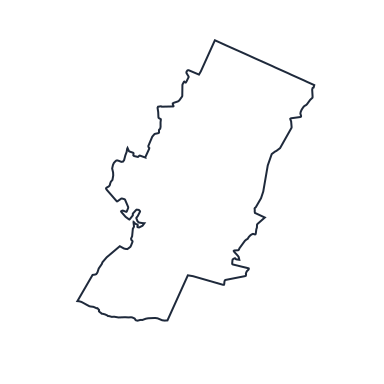 the border of Hardap, rotated 294°
{"feature_id": "NAM-3339", "entity_name": "Hardap", "entity_type": "Region", "adm_level": 1, "iso_a3": "NAM", "parent_name": "Namibia", "parent_adm1": "", "projection": "robinson", "projection_center": [17.113, -24.521], "detail": "fine", "context": "isolated", "style": "outline", "palette": "slate", "viewbox_px": 384, "rotation_deg": 294, "n_neighbors": 0, "source": "natural_earth", "source_scale": "10m", "svg_char_len": 4743}
<svg xmlns="http://www.w3.org/2000/svg" viewBox="0 0 384 384"><g transform="rotate(294 192 192)"><path d="M339.7,206.4L339.7,207.1L339.7,210.6L339.7,214.1L339.6,217.6L339.6,221.1L339.6,224.6L339.6,228.0L339.6,231.5L339.5,235.0L339.5,238.5L339.5,242.0L339.5,245.5L339.5,248.9L339.4,252.4L339.4,255.9L339.4,259.4L339.4,260.2L336.9,260.6L336.2,259.9L335.1,260.0L334.3,260.2L328.3,263.3L327.2,263.7L326.6,263.5L324.3,262.5L319.2,261.4L318.3,261.1L317.6,260.7L316.3,259.7L314.9,259.2L312.0,258.7L309.5,258.7L308.1,259.0L307.6,259.2L306.0,260.6L305.3,260.9L304.9,260.8L304.4,260.2L299.7,252.6L299.4,252.3L298.9,252.0L298.4,252.3L298.0,252.6L296.9,253.8L292.0,256.5L291.2,256.8L267.9,254.6L263.9,252.4L262.7,251.4L259.1,249.4L247.1,250.4L221.4,256.9L214.4,257.6L204.2,256.5L203.4,256.2L202.9,255.9L202.5,255.9L202.1,256.0L201.2,256.6L199.7,257.2L198.5,258.0L198.3,268.9L189.4,264.8L188.6,264.7L185.8,265.8L184.2,265.9L180.2,267.1L179.2,267.2L178.9,266.9L178.7,266.2L178.7,265.4L178.5,264.7L177.9,264.1L176.5,263.1L174.1,262.2L171.8,261.9L170.5,260.9L169.5,260.5L169.1,260.2L159.7,258.2L158.8,258.3L158.1,258.2L157.7,258.0L157.3,257.4L156.0,254.8L155.5,254.2L155.1,254.1L154.4,255.1L152.4,259.8L151.6,261.1L149.3,262.8L148.5,259.9L148.5,259.3L148.7,258.9L149.0,258.4L148.9,258.1L148.6,257.7L148.0,257.3L147.5,256.9L146.9,256.6L146.2,256.7L143.5,257.6L143.0,257.8L142.5,258.2L142.4,258.7L142.5,259.3L145.3,274.8L145.0,275.1L144.2,275.2L141.8,274.3L140.5,274.3L139.4,274.4L138.7,274.9L138.0,275.1L137.3,275.2L136.6,274.5L125.8,259.1L125.3,258.4L124.7,258.0L124.0,258.0L123.3,258.1L121.3,258.8L120.7,258.9L120.2,258.9L120.0,258.4L119.8,257.8L115.5,227.1L114.2,222.1L64.7,221.8L63.4,219.3L62.7,216.9L62.6,211.9L61.9,209.5L58.8,203.3L57.5,201.4L54.9,198.7L54.1,196.8L52.3,194.6L52.0,193.0L52.2,192.3L52.9,191.4L53.1,191.0L53.1,188.5L52.8,187.3L51.6,185.0L50.4,181.8L47.5,175.9L46.4,171.6L45.3,169.5L44.9,166.7L44.5,165.7L44.8,164.5L44.8,162.4L44.5,160.3L44.1,158.9L44.5,158.0L44.8,156.4L45.2,155.5L45.6,155.3L46.0,155.3L46.5,155.0L46.7,154.4L47.4,152.9L47.0,152.2L47.0,148.7L46.1,145.7L45.9,144.6L46.6,135.7L46.3,133.5L45.7,131.7L75.8,134.9L77.2,137.1L77.6,137.5L77.8,137.7L78.0,137.9L78.5,138.0L79.1,138.2L80.3,138.3L84.2,137.9L89.6,138.9L90.7,138.8L91.5,138.8L97.6,140.6L113.1,148.1L112.7,152.9L113.0,154.5L113.6,156.2L116.8,158.0L118.3,158.1L122.3,157.9L122.8,157.7L123.1,157.3L123.3,156.8L123.5,156.2L124.0,155.7L124.7,155.3L127.2,155.3L134.1,153.0L134.4,152.9L136.1,153.1L136.7,153.1L137.3,152.8L140.5,150.9L140.9,150.8L140.8,151.3L140.2,152.4L140.0,153.2L139.9,154.0L140.1,155.2L139.9,155.7L139.5,156.0L138.5,156.1L138.2,156.2L137.8,156.5L137.8,157.1L138.1,158.1L141.0,160.5L144.1,161.2L143.5,159.6L142.5,155.8L143.1,154.2L145.1,152.1L145.6,151.7L146.0,151.7L147.8,152.2L152.6,152.5L153.0,152.5L153.3,152.3L153.5,151.9L153.8,151.2L154.0,150.7L153.9,150.3L153.5,149.0L153.3,148.5L152.9,148.3L152.4,148.1L148.4,146.8L147.8,146.8L146.9,147.4L146.4,147.4L141.8,146.2L141.4,146.0L141.4,145.5L141.5,145.0L142.3,141.4L144.9,135.8L145.2,135.4L145.5,135.1L146.3,135.6L146.8,136.2L146.9,136.5L147.1,139.6L147.2,140.1L147.6,140.3L151.2,140.2L151.7,140.1L152.3,139.8L157.8,133.9L157.9,133.4L157.9,132.8L157.6,130.9L157.4,130.3L157.1,130.0L153.4,127.8L153.2,127.7L152.9,127.3L153.0,126.9L153.2,126.4L159.3,113.3L160.1,112.1L160.8,112.0L162.0,112.7L163.0,113.6L164.1,114.0L165.2,114.1L166.4,113.8L168.4,113.7L170.7,114.4L175.1,113.3L177.7,112.0L181.0,109.5L184.5,108.8L186.8,108.8L189.1,109.6L190.0,110.1L190.5,111.0L190.7,112.6L190.8,115.2L191.7,116.6L193.5,117.0L198.4,116.2L202.0,116.0L205.0,115.2L205.9,115.2L206.0,115.2L204.1,117.3L203.7,117.8L203.6,118.3L203.6,118.9L203.9,122.1L203.8,122.6L203.5,122.9L201.6,123.5L201.4,123.9L201.3,124.5L202.0,128.2L202.2,128.5L202.5,128.6L203.4,129.0L203.8,129.2L204.0,129.4L204.1,129.9L204.5,135.4L204.8,135.2L213.8,135.3L214.4,135.2L214.8,135.1L215.0,134.5L215.5,133.9L216.2,133.4L226.4,133.2L229.1,134.0L229.7,134.2L230.1,134.6L232.0,137.2L232.5,137.6L232.9,137.7L235.0,136.7L235.6,136.6L236.0,136.9L236.9,137.2L237.7,137.0L238.7,136.8L242.9,134.9L245.2,134.2L245.8,133.9L245.9,133.2L246.0,131.9L246.2,131.3L246.7,130.9L251.3,128.6L254.9,126.3L256.1,126.3L257.7,128.8L257.6,129.6L262.5,140.0L262.8,140.2L263.2,140.0L264.1,139.0L264.6,138.6L265.1,138.4L265.7,138.8L266.3,139.3L269.0,142.3L269.8,142.8L270.8,143.2L275.2,144.1L275.9,144.0L285.9,139.7L286.4,139.6L289.3,139.8L289.7,140.0L289.6,140.3L289.4,140.9L289.3,141.4L289.5,141.8L290.6,142.0L295.6,142.2L295.8,142.1L296.1,141.9L298.5,138.5L299.1,138.2L299.9,138.1L301.2,138.4L301.7,138.9L301.9,139.5L302.1,150.6L305.8,151.0L339.9,151.2L339.9,153.0L339.8,163.6L339.8,174.3L339.8,185.0L339.7,195.7L339.7,206.4Z" fill="none" stroke="#1e293b" stroke-width="2"/></g></svg>